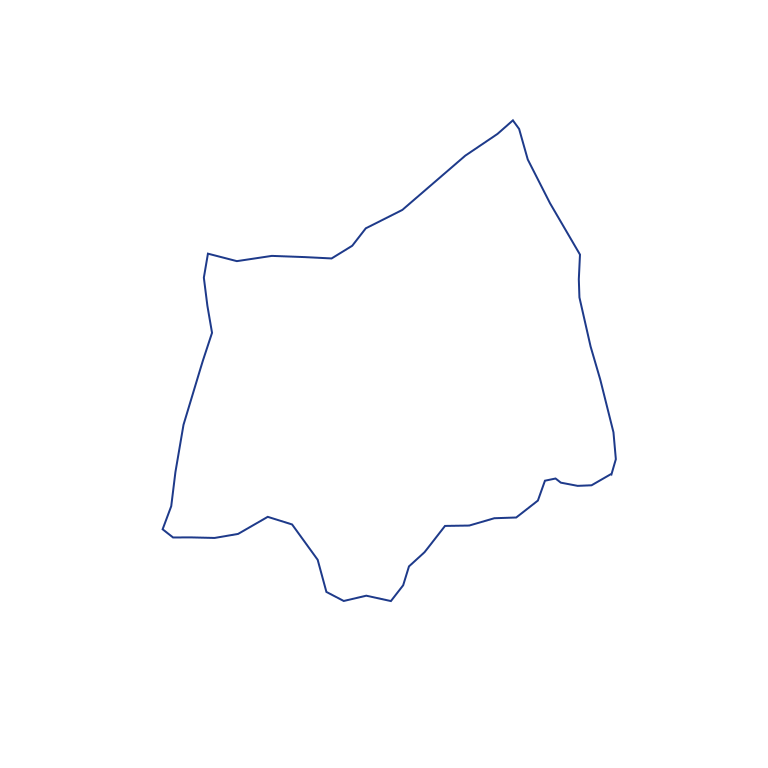 the district of Smedjebacken, Dalarna, Sweden, rotated 52°
{"feature_id": "70781695B69424081161255", "entity_name": "Smedjebacken", "entity_type": "district", "adm_level": 2, "iso_a3": "SWE", "parent_name": "Sweden", "parent_adm1": "Dalarna", "projection": "mercator", "projection_center": [15.509, 60.098], "detail": "fine", "context": "isolated", "style": "outline", "palette": "blue", "viewbox_px": 768, "rotation_deg": 52, "n_neighbors": 0, "source": "geoboundaries", "source_scale": "gbopen_adm2", "svg_char_len": 909}
<svg xmlns="http://www.w3.org/2000/svg" viewBox="0 0 768 768"><g transform="rotate(52 384 384)"><path d="M172.9,442.5L189.3,460.5L213.6,475.0L237.8,488.0L254.0,512.2L258.4,518.5L292.7,567.1L325.0,602.6L349.3,626.9L362.2,647.9L375.1,644.7L375.6,644.0L386.4,630.1L401.0,612.3L412.3,591.3L417.1,557.4L438.1,542.9L481.7,544.5L512.4,557.4L530.2,549.3L532.0,545.4L539.9,528.3L559.3,512.2L554.4,492.8L543.1,476.6L541.5,455.6L539.9,449.1L533.4,423.3L548.0,404.0L557.7,379.7L570.6,362.0L570.6,334.5L559.3,316.7L564.1,307.0L570.6,305.4L583.5,294.1L591.6,282.8L594.8,260.2L595.1,260.2L586.0,247.6L563.3,232.9L515.1,211.5L513.0,210.6L481.6,198.1L436.1,176.7L421.4,166.0L402.7,149.9L343.8,141.9L295.6,132.5L266.2,120.5L257.2,120.2L255.6,120.1L256.8,140.6L254.1,179.4L258.1,262.4L250.1,302.5L255.5,323.9L252.8,348.0L235.4,368.1L214.0,393.5L196.6,424.3L172.9,442.5Z" fill="none" stroke="#1e3a8a" stroke-width="2"/></g></svg>